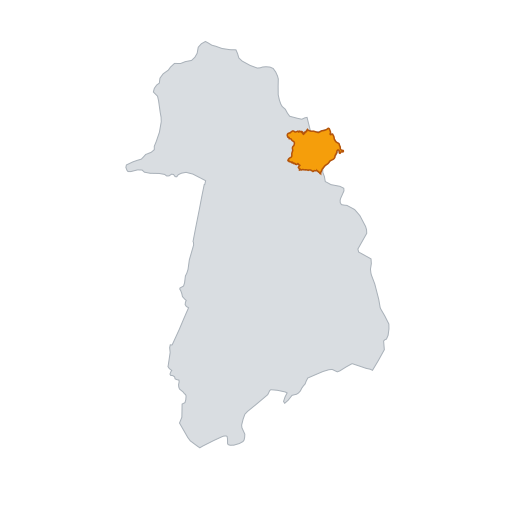 Kossi, Kossi, Burkina Faso (highlighted), rotated 102°
{"feature_id": "67063806B77397496256894", "entity_name": "Kossi", "entity_type": "district", "adm_level": 2, "iso_a3": "BFA", "parent_name": "Burkina Faso", "parent_adm1": "Kossi", "projection": "albers", "projection_center": [-3.794, 12.935], "detail": "fine", "context": "in_parent", "style": "filled", "palette": "amber", "viewbox_px": 512, "rotation_deg": 102, "n_neighbors": 0, "source": "geoboundaries", "source_scale": "gbopen_adm2", "svg_char_len": 8143}
<svg xmlns="http://www.w3.org/2000/svg" viewBox="0 0 512 512"><g transform="rotate(102 256 256)"><path d="M381.3,319.1L368.3,319.9L363.6,321.4L360.7,321.4L360.6,320.2L360.3,319.5L343.8,315.8L332.3,313.6L320.6,311.2L319.9,313.6L318.3,315.2L315.8,315.4L314.0,315.0L312.9,316.9L311.0,319.5L308.3,320.7L305.7,322.3L304.2,323.7L303.1,323.7L300.4,320.6L296.9,320.3L290.2,320.9L287.2,320.1L283.2,319.7L273.6,320.4L258.2,319.3L255.7,320.0L255.0,320.6L239.8,320.9L223.1,321.1L209.1,321.4L196.9,321.5L196.8,321.0L192.9,320.9L192.5,322.0L189.0,334.8L188.7,341.8L190.5,346.1L192.6,348.9L195.0,350.0L195.2,351.6L193.4,353.6L193.5,355.6L195.7,357.7L196.3,360.0L195.2,362.3L195.4,367.9L197.1,376.8L197.2,382.6L195.6,385.3L196.4,389.8L199.5,396.1L200.0,398.8L198.9,400.1L196.4,401.7L193.9,401.7L190.9,397.8L189.6,396.1L187.2,392.2L185.1,388.3L182.4,386.6L179.6,385.0L176.3,380.0L173.1,377.6L169.8,378.3L164.9,377.4L155.0,376.2L144.4,376.6L140.0,377.7L135.6,379.5L124.6,383.5L120.2,385.5L116.9,390.5L113.1,390.3L109.4,388.7L107.0,386.5L102.0,386.9L97.1,384.7L92.4,380.4L89.0,378.9L84.6,375.8L83.4,369.8L80.6,365.6L78.1,359.7L74.3,357.1L69.9,355.7L63.8,355.9L59.8,353.6L56.7,350.1L57.5,347.2L59.0,343.0L59.2,339.0L60.1,332.4L59.6,324.2L58.5,318.5L61.9,316.1L65.8,314.0L68.2,310.1L70.8,301.4L71.9,293.9L71.1,291.1L69.8,288.9L68.8,285.6L68.3,281.6L69.0,278.2L71.9,275.0L75.6,272.3L78.2,271.0L85.1,269.7L93.7,267.8L98.7,265.5L102.3,263.3L104.3,261.5L106.4,257.8L109.7,255.0L112.3,252.1L112.7,244.1L112.7,239.6L110.8,237.1L109.8,234.9L122.5,228.7L122.6,224.3L120.8,219.4L118.4,215.4L117.4,212.0L120.9,207.9L124.1,204.9L126.3,202.4L131.3,198.4L136.5,197.4L141.2,198.9L155.1,208.1L157.5,208.7L160.4,208.0L164.1,205.6L168.8,203.7L170.6,197.5L170.4,188.4L171.5,184.2L174.0,183.5L182.0,185.2L184.0,185.3L186.3,184.7L188.0,183.1L187.9,180.2L187.6,177.6L190.1,169.1L194.9,162.8L204.4,154.9L207.4,153.3L210.8,152.4L228.0,157.8L230.8,156.4L234.9,142.9L239.5,141.6L245.1,141.3L248.7,140.1L250.6,139.2L258.7,134.0L273.0,126.9L280.7,123.8L282.2,122.7L287.7,117.7L294.9,111.9L299.6,110.8L306.1,110.3L310.1,111.1L311.3,112.7L312.6,113.5L321.0,111.0L333.1,114.7L343.6,118.3L343.0,120.7L343.0,124.9L342.2,131.6L341.3,139.6L345.7,144.7L351.0,150.2L352.4,152.4L351.1,157.9L352.1,161.1L355.0,166.4L359.7,173.1L364.6,180.0L368.0,180.9L371.1,181.4L373.1,182.6L375.9,183.8L378.7,184.5L381.2,186.0L382.7,187.5L384.8,191.8L390.3,194.5L394.1,197.3L392.6,198.8L387.9,198.3L383.5,197.1L382.9,199.2L382.9,207.1L383.7,213.7L384.8,214.6L389.2,215.7L400.0,224.1L409.8,232.0L413.1,234.0L418.4,234.7L424.4,234.9L426.9,234.1L432.6,229.9L435.7,229.4L438.5,229.4L440.1,230.1L442.9,233.3L445.6,238.3L446.5,242.0L446.3,244.0L445.4,244.8L440.7,245.9L438.6,246.7L438.2,247.8L438.9,250.2L439.9,251.8L445.3,259.0L453.0,268.6L455.3,271.1L454.1,274.0L450.5,281.8L447.7,285.0L435.3,296.1L429.1,295.0L416.2,297.5L414.2,295.0L411.1,294.8L407.4,295.3L406.0,296.2L405.7,297.3L404.3,298.8L402.0,303.2L400.2,304.3L397.9,305.0L395.1,305.0L393.4,305.6L393.4,307.7L393.0,309.6L391.1,310.5L390.3,312.6L390.5,314.7L389.4,315.6L386.9,315.2L385.5,314.6L384.2,317.3L382.5,319.1L381.3,319.1Z" fill="#d9dde1" stroke="#a8b0b8" stroke-width="1"/><path d="M163.5,231.2L163.2,231.1L162.6,230.8L162.3,230.7L162.2,230.4L162.2,230.1L162.2,229.7L162.4,229.4L162.4,229.2L161.8,228.5L161.6,228.2L161.7,227.4L161.8,227.0L161.3,225.4L161.4,225.2L161.5,225.1L161.4,224.9L161.1,224.2L161.3,223.2L161.4,222.8L161.3,222.6L161.1,222.5L160.8,222.2L160.7,221.2L160.5,220.4L160.6,220.0L160.9,219.8L161.0,219.5L161.0,219.1L161.1,218.7L161.3,218.2L161.5,217.9L161.4,217.8L161.3,217.6L161.2,217.3L160.5,217.0L160.3,216.7L160.3,215.9L160.2,215.3L159.9,214.8L159.9,214.6L160.0,214.2L159.8,214.2L160.0,214.0L160.1,213.8L160.0,213.6L160.0,213.4L160.4,213.0L160.5,212.9L160.6,212.5L160.8,212.3L161.0,212.0L160.9,211.8L161.1,211.4L161.1,211.0L161.1,210.9L161.3,210.8L161.8,210.8L161.9,210.7L162.0,210.5L161.8,210.2L162.0,209.9L161.5,210.0L160.7,210.0L160.5,209.9L160.0,209.9L159.7,209.7L157.3,209.3L156.4,208.8L155.0,208.2L154.8,208.0L154.4,207.8L153.9,207.7L153.6,207.5L152.6,206.7L150.9,205.0L150.3,204.6L149.6,204.2L147.8,203.5L147.2,202.9L145.7,201.0L145.1,200.3L144.0,199.7L143.2,199.4L142.2,199.5L141.3,199.5L140.1,199.1L138.3,198.6L137.4,198.6L136.6,198.7L135.9,198.4L135.5,198.2L135.2,197.9L135.2,197.2L135.4,196.8L136.0,196.4L136.5,196.4L137.9,195.9L138.1,195.7L138.1,195.2L137.9,195.0L136.9,194.7L136.6,194.5L136.4,194.1L136.4,193.9L136.1,192.6L135.8,192.4L135.3,192.3L134.7,192.6L134.6,192.8L134.7,193.8L134.7,194.5L134.0,195.5L133.6,195.8L132.9,196.0L132.1,196.2L131.2,196.6L131.0,196.9L130.5,197.3L129.7,197.7L129.3,197.8L128.8,198.3L128.5,198.9L128.4,199.6L128.1,200.5L127.8,201.3L127.2,202.1L126.7,202.5L126.5,202.8L126.1,203.2L125.0,203.9L124.3,204.1L123.6,204.4L122.8,204.8L121.0,206.3L120.8,206.5L120.9,206.8L121.1,207.4L121.5,207.6L121.7,207.9L121.8,208.4L121.6,208.7L121.3,208.9L120.8,208.9L120.1,208.8L119.5,208.8L118.7,209.2L117.0,210.3L116.6,210.6L116.3,210.8L116.1,211.2L116.0,211.8L116.2,212.1L117.2,212.9L117.7,213.4L118.2,214.1L118.8,215.0L119.3,216.1L119.8,217.6L121.1,219.2L122.0,220.1L122.3,220.7L122.3,221.3L122.2,222.6L122.2,223.1L122.0,224.4L122.0,224.9L121.9,225.4L122.0,226.1L122.3,227.1L122.5,228.3L122.4,229.5L122.2,230.7L121.9,231.5L121.5,232.0L121.9,232.1L122.2,232.1L122.3,232.1L122.5,232.3L122.5,232.5L122.9,232.7L123.1,232.7L123.4,232.5L123.5,232.4L123.7,232.5L123.9,232.7L123.9,233.1L124.0,233.2L124.3,233.3L124.5,233.3L124.5,233.5L124.5,233.9L125.1,234.1L125.2,233.9L125.3,233.9L125.4,234.1L125.5,234.0L125.9,234.0L126.0,234.0L126.1,234.5L126.4,234.4L126.6,234.5L126.7,234.9L126.8,235.0L127.0,235.0L126.9,235.3L126.7,235.5L126.4,235.5L126.4,235.8L126.1,236.0L125.9,235.8L125.5,236.0L125.3,236.0L125.2,236.1L125.3,236.3L125.2,236.5L124.8,236.8L124.9,237.1L125.0,237.2L124.8,237.4L125.0,237.6L125.3,237.6L125.1,237.9L125.1,238.2L125.0,238.4L125.1,238.6L125.2,238.9L125.1,239.0L125.3,239.1L125.4,239.4L125.3,239.6L125.5,239.7L125.5,239.8L125.4,239.8L125.5,239.9L125.6,240.0L125.3,240.1L125.3,240.3L125.4,240.2L125.5,240.3L125.4,240.5L125.2,240.7L125.3,240.9L125.4,241.1L126.5,243.2L126.6,243.4L126.6,243.6L126.5,243.9L126.1,244.8L126.0,245.1L126.0,245.6L126.0,245.8L126.1,246.2L126.3,246.5L127.0,247.1L128.1,248.1L128.3,248.1L128.5,248.2L128.7,248.5L128.7,249.0L128.8,249.2L129.0,249.4L129.2,249.5L129.5,250.1L130.0,250.4L130.2,250.5L130.7,250.6L131.5,250.5L131.9,250.4L132.2,250.2L132.6,249.7L132.8,249.6L133.1,249.6L133.2,249.4L133.1,248.9L133.2,248.6L133.3,248.2L133.7,248.0L133.9,247.9L133.9,248.1L134.1,248.0L134.3,248.0L134.3,247.8L134.2,247.7L134.3,247.4L134.2,246.9L134.2,246.2L134.4,245.8L134.6,245.7L134.9,245.4L135.3,245.0L135.5,244.7L135.9,243.8L136.1,243.2L136.3,242.8L136.6,242.4L136.9,242.2L137.2,242.0L137.6,241.9L138.1,241.8L139.0,241.8L139.9,241.9L140.1,241.9L140.8,242.4L141.6,242.8L142.3,242.9L143.1,242.8L143.7,242.5L144.0,242.4L144.9,242.1L145.5,242.0L146.2,242.1L146.9,242.2L147.9,242.3L148.2,242.3L148.8,242.2L150.0,241.9L150.5,241.8L150.9,241.8L151.1,241.8L151.6,241.9L151.9,242.1L152.4,242.5L152.9,243.2L153.7,243.9L154.2,244.2L154.9,244.5L155.7,244.6L156.1,244.6L156.2,244.4L156.2,243.9L156.0,243.7L156.3,243.5L156.7,243.4L156.7,243.0L156.8,242.8L156.8,242.6L156.7,242.4L156.8,242.2L156.7,241.9L156.8,241.6L156.7,241.2L157.0,240.9L157.0,240.7L157.3,240.5L157.3,240.3L157.2,240.1L156.7,239.9L156.8,239.6L157.0,239.5L157.3,239.6L157.5,239.2L157.5,238.9L157.3,238.7L157.1,238.6L156.9,238.7L157.0,238.6L157.0,238.4L157.2,238.2L157.3,238.2L157.5,238.0L157.8,238.0L157.8,237.9L157.7,237.5L157.7,237.4L157.7,237.1L157.5,236.9L157.6,236.6L158.1,236.3L158.1,236.1L158.1,235.9L158.0,235.7L158.1,235.4L157.9,235.1L157.6,234.7L157.3,234.5L157.3,234.4L156.9,234.3L156.9,234.2L157.2,234.0L157.3,233.5L157.4,233.4L157.5,233.4L157.7,233.2L157.8,233.1L158.0,233.0L158.1,232.6L158.0,232.4L158.0,232.2L158.2,231.9L158.5,232.1L158.9,232.2L159.3,232.5L160.0,232.9L160.4,233.0L160.6,233.0L160.8,232.9L161.0,232.7L161.2,232.3L161.3,231.8L161.4,231.5L161.7,231.1L161.8,231.0L162.0,231.1L162.1,231.5L162.6,231.5L163.1,231.4L163.4,231.2L163.5,231.2Z" fill="#f59e0b" stroke="#b45309" stroke-width="1.5"/></g></svg>